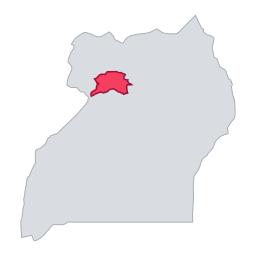 where Nwoya sits in Uganda
{"feature_id": "UGA-5625", "entity_name": "Nwoya", "entity_type": "District", "adm_level": 1, "iso_a3": "UGA", "parent_name": "Uganda", "parent_adm1": "", "projection": "mercator", "projection_center": [31.834, 2.49], "detail": "fine", "context": "in_parent", "style": "filled", "palette": "rose", "viewbox_px": 256, "rotation_deg": 0, "n_neighbors": 0, "source": "natural_earth", "source_scale": "10m", "svg_char_len": 3204}
<svg xmlns="http://www.w3.org/2000/svg" viewBox="0 0 256 256"><path d="M192.6,222.1L188.3,222.1L181.3,222.1L174.2,222.1L167.2,222.1L160.2,222.1L153.1,222.1L146.1,222.1L139.1,222.1L132.0,222.1L125.0,222.1L118.0,222.1L110.9,222.1L103.9,222.1L96.9,222.1L89.8,222.1L82.8,222.1L75.8,222.1L71.6,222.1L70.8,222.0L70.2,221.8L67.5,222.3L64.8,224.1L61.9,224.8L58.8,224.5L58.4,224.7L56.8,224.7L54.5,224.5L52.4,225.0L50.9,226.5L49.3,229.1L46.4,232.1L44.1,234.8L42.2,236.6L37.8,239.7L35.4,240.6L34.2,240.5L33.5,239.9L32.1,236.0L31.3,235.3L22.7,237.4L21.5,237.4L21.6,236.2L20.9,226.8L20.9,221.1L22.0,217.6L22.6,213.5L22.7,209.8L24.3,203.7L23.7,200.0L25.7,187.0L26.2,184.9L27.0,178.6L28.3,176.7L29.4,175.9L30.9,172.0L33.7,165.9L35.6,162.7L35.2,155.8L35.5,151.1L35.9,150.1L40.1,148.3L45.4,144.0L47.7,138.8L50.9,135.6L57.1,133.5L75.5,115.9L84.0,106.4L87.8,101.6L87.9,99.8L88.6,97.5L87.1,95.8L85.3,94.1L84.7,92.6L83.2,91.9L81.0,91.9L79.5,90.8L77.9,88.7L76.2,87.4L71.0,87.5L67.0,85.3L67.1,82.3L68.6,76.5L71.7,69.8L71.8,67.9L71.4,66.4L70.7,65.0L69.3,63.7L68.0,62.1L69.0,57.3L70.9,52.5L72.5,50.2L74.1,47.5L73.6,45.4L71.4,44.3L72.5,42.2L75.0,38.6L79.7,35.0L83.8,32.6L86.5,32.6L91.9,34.5L96.7,36.8L99.4,36.9L102.6,35.9L109.3,31.9L110.9,33.2L112.9,35.6L115.0,39.7L119.2,41.5L121.2,42.8L122.7,43.1L123.5,42.8L125.1,39.6L127.0,37.9L130.6,35.7L138.5,34.0L144.1,33.5L146.5,33.1L150.5,32.1L156.8,28.8L163.0,33.0L169.7,33.8L176.2,33.8L178.2,32.5L179.4,31.6L186.2,24.7L195.5,15.4L201.7,28.5L203.8,29.3L203.5,30.4L203.0,31.5L207.0,34.7L212.0,36.3L213.8,37.9L213.9,39.7L212.2,47.4L212.6,49.6L214.2,57.3L217.1,59.0L219.8,66.7L225.1,70.0L225.8,70.9L227.0,74.7L228.7,78.8L229.9,79.7L230.7,80.0L232.3,84.3L231.4,86.8L232.6,94.2L234.6,100.9L235.1,108.8L235.1,112.3L235.1,114.4L234.6,117.5L233.7,119.2L232.0,120.9L230.1,123.6L228.5,126.4L227.4,127.8L228.2,132.1L228.0,133.2L227.6,133.8L225.2,134.4L222.1,135.6L220.3,136.7L217.6,138.9L215.5,141.2L212.7,148.2L208.0,153.5L207.2,155.3L202.8,158.5L200.9,162.5L199.6,167.3L197.9,170.8L194.2,175.6L193.3,183.2L193.5,198.2L192.5,215.4L192.6,222.1Z" fill="#d9dde1" stroke="#a8b0b8" stroke-width="1"/><path d="M131.7,84.7L130.0,84.9L128.4,84.8L126.9,85.1L126.7,86.7L126.9,90.0L127.6,93.2L126.2,93.1L125.8,93.1L125.5,93.4L124.9,94.0L124.4,94.2L123.5,94.2L122.2,93.1L120.9,92.8L120.0,92.2L119.6,92.1L118.4,91.9L118.0,91.8L116.4,90.4L115.5,90.0L114.6,89.3L114.1,89.1L113.7,89.0L113.3,89.0L112.9,89.0L112.5,88.8L111.9,89.1L110.3,89.4L109.5,89.6L108.9,90.1L107.6,91.5L103.9,92.8L103.2,92.9L102.8,92.8L102.4,92.4L102.1,92.3L99.3,92.3L98.8,92.5L97.4,93.3L95.5,93.8L93.5,95.2L92.5,95.6L92.2,95.7L91.4,96.2L90.9,94.0L91.2,92.9L92.6,91.4L94.7,90.4L95.6,89.8L96.2,89.3L96.4,88.2L96.5,87.2L96.5,86.6L96.7,85.7L97.1,85.0L97.7,84.7L98.2,84.6L98.5,84.3L98.6,83.9L98.7,83.5L98.5,83.2L98.1,83.2L97.7,83.3L97.3,83.4L96.7,82.8L96.1,81.1L95.6,80.3L95.0,79.6L94.5,78.9L96.2,78.4L97.5,77.1L99.3,75.2L101.0,74.3L105.6,74.3L106.2,72.8L107.3,71.8L116.7,71.6L118.1,72.5L119.5,72.6L121.3,72.6L122.7,73.6L124.4,74.0L125.3,74.5L124.8,75.7L124.0,76.7L123.7,77.8L124.3,79.0L125.4,79.7L127.9,79.9L127.7,80.4L127.8,81.1L128.0,81.9L128.6,83.0L129.6,83.6L130.9,84.0L131.7,84.7Z" fill="#f43f5e" stroke="#9f1239" stroke-width="1.5"/></svg>